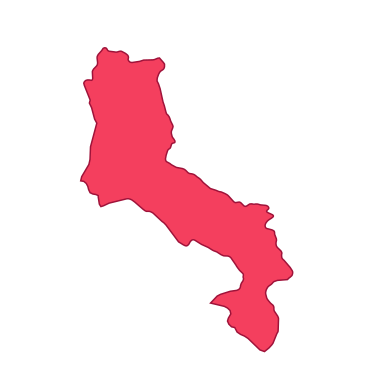 outline of Lamphun, rotated 314°
{"feature_id": "THA-392", "entity_name": "Lamphun", "entity_type": "Province", "adm_level": 1, "iso_a3": "THA", "parent_name": "Thailand", "parent_adm1": "", "projection": "robinson", "projection_center": [99.014, 18.095], "detail": "fine", "context": "isolated", "style": "filled", "palette": "rose", "viewbox_px": 384, "rotation_deg": 314, "n_neighbors": 0, "source": "natural_earth", "source_scale": "10m", "svg_char_len": 4627}
<svg xmlns="http://www.w3.org/2000/svg" viewBox="0 0 384 384"><g transform="rotate(314 192 192)"><path d="M265.8,75.5L265.3,81.5L264.9,83.4L264.6,83.7L262.9,85.3L261.9,85.8L260.9,86.1L259.9,86.1L257.1,85.5L255.6,85.6L253.7,86.1L250.1,87.7L248.5,88.9L247.5,89.9L246.9,91.7L246.6,92.6L244.1,97.4L236.7,108.5L234.8,112.2L231.3,117.9L230.6,119.3L230.5,120.3L230.6,121.3L230.4,122.3L230.2,123.3L229.5,125.0L228.2,127.4L226.6,131.8L225.9,132.9L224.7,133.6L221.5,134.9L220.5,135.7L219.7,136.6L218.5,138.5L218.0,139.4L217.7,140.5L217.5,141.9L216.9,144.1L216.2,145.0L215.4,145.2L214.7,144.8L214.0,144.4L213.1,144.0L212.1,144.1L209.4,145.5L208.4,145.8L207.5,145.7L206.6,145.5L205.6,145.5L204.8,145.7L200.4,147.9L197.4,149.9L196.4,151.2L196.1,152.5L197.1,156.2L197.3,158.2L198.6,163.0L198.9,163.8L202.2,168.8L202.9,170.4L203.1,171.4L203.2,172.5L203.1,175.6L203.3,176.6L203.6,177.4L205.1,179.5L205.9,181.1L206.3,183.0L206.4,185.2L206.8,187.2L207.0,189.3L206.6,193.5L207.2,202.2L207.4,203.1L207.8,203.9L209.8,207.9L210.8,210.5L211.6,212.0L212.1,212.6L212.5,213.4L213.7,216.6L214.3,218.7L214.5,219.8L214.5,221.3L214.0,228.5L214.1,229.6L214.4,230.4L215.0,231.0L217.0,232.5L217.6,233.0L218.0,233.7L218.2,234.7L218.1,239.0L218.4,239.9L218.9,240.5L219.7,241.0L223.3,241.8L224.0,242.3L224.6,242.9L225.2,243.5L225.6,244.3L226.2,245.0L226.7,245.5L227.4,246.0L228.6,247.2L229.1,247.9L230.3,250.2L233.5,254.2L234.1,255.2L234.4,256.7L234.2,257.8L233.7,258.5L233.0,258.8L231.1,258.7L230.1,258.9L229.7,259.6L229.8,260.5L230.0,261.3L230.3,262.2L230.7,263.2L231.6,265.9L231.5,266.9L230.9,267.5L230.0,267.6L228.1,267.3L225.4,266.6L223.5,266.4L221.6,266.6L220.7,266.8L219.7,267.2L218.7,267.8L217.8,268.9L217.5,270.0L217.6,271.0L220.2,275.6L220.6,276.6L220.9,278.2L220.6,279.0L219.9,279.9L219.0,280.8L217.0,285.1L216.5,285.7L216.0,286.3L214.5,287.2L213.6,287.9L212.8,288.7L211.7,290.4L211.4,292.0L211.4,296.8L211.0,298.2L210.5,299.1L209.3,299.9L208.5,300.6L207.2,302.1L206.8,303.3L206.7,304.4L206.8,305.5L205.9,315.1L205.0,318.8L204.6,319.7L204.1,320.3L203.4,320.9L202.0,321.7L201.2,321.9L199.1,321.8L197.3,321.5L195.3,321.5L187.7,314.8L184.5,313.2L183.5,313.1L181.5,313.2L180.3,313.1L177.8,312.6L176.8,312.5L175.6,312.7L174.3,313.0L172.7,313.6L170.8,314.8L169.8,315.9L167.6,319.5L167.3,320.4L167.1,321.3L166.8,323.5L166.6,325.8L166.8,329.0L166.5,330.0L166.0,330.9L164.5,332.4L163.9,333.2L163.5,334.0L162.2,340.0L161.4,341.7L160.9,342.3L152.4,350.0L151.2,350.9L150.8,351.0L149.1,351.4L139.5,355.3L137.5,355.6L133.3,355.7L127.6,355.0L125.6,350.6L125.6,334.0L124.8,329.8L123.3,325.8L122.6,321.7L124.2,316.9L122.5,314.1L122.5,310.4L123.8,307.2L126.5,305.8L131.3,304.6L133.2,301.7L133.2,298.1L132.2,294.7L125.0,282.5L134.6,282.4L138.2,283.6L147.2,288.5L152.3,292.5L153.7,293.1L155.0,293.4L156.0,293.3L156.8,293.0L157.6,292.6L158.3,292.0L159.3,291.5L160.6,290.9L163.4,290.4L164.7,289.8L165.6,289.1L166.0,288.3L166.5,287.7L167.9,286.7L168.4,286.1L168.7,285.3L168.7,280.7L169.2,277.5L169.6,275.5L169.9,274.6L171.7,265.8L171.7,264.7L171.5,263.7L171.2,262.9L170.7,262.1L170.2,261.5L168.5,259.6L168.0,258.9L167.7,258.1L167.1,256.4L166.3,252.3L166.1,251.4L164.7,248.1L164.2,246.2L163.6,243.2L163.4,242.2L160.9,235.2L159.3,227.5L158.9,226.6L158.4,225.9L157.6,225.4L156.4,225.2L155.1,225.2L152.1,226.0L151.3,226.0L150.4,225.9L149.6,225.6L149.0,225.0L148.6,224.3L148.0,222.5L146.9,217.4L146.8,217.0L150.2,196.2L150.3,193.0L150.0,190.9L149.8,178.9L149.6,177.7L149.0,175.8L148.6,175.0L148.1,174.4L146.4,172.6L145.9,171.2L145.6,169.0L145.0,157.8L144.6,154.7L144.4,153.8L143.7,152.1L142.8,150.7L141.5,149.6L126.4,140.1L120.6,137.9L118.2,136.6L118.9,133.8L123.2,128.1L124.3,127.0L123.4,124.6L121.7,122.1L120.7,119.2L121.9,116.0L123.7,113.1L124.7,110.0L124.5,106.8L122.7,104.2L126.4,102.0L140.2,98.7L144.6,96.0L154.0,87.6L175.4,75.7L176.8,71.3L182.9,61.2L184.7,56.4L187.4,54.9L193.9,40.5L195.0,38.7L195.8,38.2L196.6,38.0L197.4,38.0L198.0,38.0L198.7,38.2L199.4,38.6L200.0,39.0L200.6,39.6L201.6,40.7L202.1,41.6L202.5,42.1L203.0,42.3L203.8,42.2L204.7,41.7L208.7,37.4L209.5,36.6L210.4,36.2L211.3,36.0L212.2,35.8L216.3,35.8L217.4,35.6L218.4,35.1L219.6,34.1L222.4,30.7L223.3,29.9L224.1,29.5L225.8,29.0L231.0,28.8L233.6,28.3L234.4,28.6L235.1,29.0L235.6,29.7L235.9,30.4L235.8,31.3L235.3,32.9L235.4,33.8L235.7,34.6L238.7,38.6L239.2,39.3L239.7,40.0L240.3,40.6L241.0,41.1L242.5,41.9L243.2,42.4L243.8,42.9L244.3,43.7L245.4,47.5L245.6,48.8L245.7,50.7L245.4,51.8L244.8,52.7L244.0,53.3L243.0,53.9L242.5,54.8L242.3,55.8L242.3,56.8L242.6,57.7L243.1,58.4L243.6,59.0L249.6,63.6L253.3,65.6L259.8,72.0L261.2,73.0L264.4,74.4L265.8,75.5Z" fill="#f43f5e" stroke="#9f1239" stroke-width="1.5"/></g></svg>